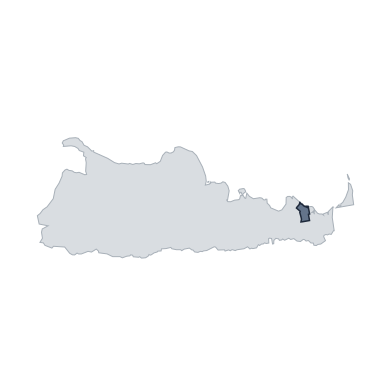 location of Magallanes, Santa Cruz, Argentina, rotated 260°
{"feature_id": "61730980B60081089408424", "entity_name": "Magallanes", "entity_type": "district", "adm_level": 2, "iso_a3": "ARG", "parent_name": "Argentina", "parent_adm1": "Santa Cruz", "projection": "equal_earth", "projection_center": [-67.392, -48.773], "detail": "fine", "context": "in_parent", "style": "filled", "palette": "slate", "viewbox_px": 384, "rotation_deg": 260, "n_neighbors": 0, "source": "geoboundaries", "source_scale": "gbopen_adm2", "svg_char_len": 5108}
<svg xmlns="http://www.w3.org/2000/svg" viewBox="0 0 384 384"><g transform="rotate(260 192 192)"><path d="M234.4,120.8L232.3,125.0L232.6,127.7L230.6,134.1L231.0,135.4L229.4,138.5L229.8,141.7L228.9,144.9L229.2,148.9L228.5,150.1L227.2,150.4L226.1,155.9L227.1,161.2L226.0,162.2L227.7,166.1L233.1,169.4L235.8,172.8L235.8,174.2L234.3,176.3L234.0,178.1L234.7,180.5L236.1,182.0L238.7,182.9L238.9,186.3L238.4,188.5L233.1,196.1L231.8,199.4L227.1,202.8L214.8,206.7L205.4,208.2L200.1,207.9L196.5,206.3L196.7,210.6L198.5,211.8L197.5,211.9L198.3,212.7L197.8,216.2L196.6,216.8L195.7,219.7L195.7,222.2L196.7,224.2L195.6,226.3L191.5,228.3L186.7,228.8L177.9,225.6L178.3,225.0L177.8,224.8L176.3,225.5L175.7,228.3L176.6,232.7L176.3,236.4L176.8,237.7L180.0,239.1L179.7,240.6L180.8,240.8L183.1,240.4L183.4,239.2L182.2,238.8L185.3,237.8L186.5,239.4L186.5,243.2L185.9,244.2L183.5,244.9L182.8,244.8L181.5,242.1L180.3,241.5L176.8,242.9L176.4,243.8L181.4,245.8L177.7,247.8L174.7,251.3L174.6,257.8L173.9,259.7L171.8,261.3L171.5,262.6L172.2,263.3L171.9,264.5L168.0,264.1L165.2,266.1L162.7,266.8L158.1,273.9L158.8,277.4L163.8,282.5L170.2,283.8L171.0,285.5L170.7,287.5L169.9,288.6L167.6,289.8L169.6,289.8L170.4,290.8L159.1,299.6L157.6,302.2L156.9,307.5L156.1,308.5L153.7,309.6L152.2,308.5L151.0,306.5L151.0,308.1L148.9,308.7L151.4,308.8L152.6,310.0L149.2,312.0L148.2,313.7L147.8,316.1L146.4,317.5L147.5,317.2L148.5,321.8L145.8,322.2L149.1,322.9L152.9,328.2L152.6,328.6L152.5,328.1L142.5,325.7L129.2,325.3L129.3,324.6L126.1,321.8L126.8,319.7L126.2,318.0L126.9,316.5L126.4,314.5L125.2,313.9L120.9,315.0L118.4,309.8L118.5,306.9L117.7,305.1L118.4,302.8L120.6,302.6L121.2,300.2L124.0,298.2L123.9,295.8L125.6,294.5L126.0,293.3L124.4,290.2L125.5,286.8L128.4,284.2L128.1,280.9L129.7,279.3L128.4,274.9L130.0,273.1L129.2,272.0L129.2,269.7L130.8,269.1L131.8,266.5L130.1,264.2L126.9,263.5L126.8,262.3L132.4,262.3L133.1,260.4L132.7,259.3L128.4,258.8L128.4,256.2L129.3,254.6L128.4,253.0L128.7,251.5L127.6,249.3L128.6,248.2L125.8,245.9L125.7,242.1L126.3,241.1L125.9,239.1L128.4,237.2L127.1,233.4L127.3,226.3L126.8,224.4L128.3,221.5L127.5,219.5L128.6,218.0L128.1,214.3L129.4,214.0L130.3,207.6L133.6,205.7L134.2,204.4L131.8,196.3L132.0,193.2L131.5,191.8L132.1,190.0L131.5,187.4L132.5,184.2L134.7,182.9L134.9,181.9L137.2,179.7L137.1,174.4L136.0,171.7L137.2,170.7L137.9,166.6L139.6,162.3L141.1,161.5L140.8,156.6L141.3,152.1L139.3,151.3L139.7,148.1L139.0,147.4L138.6,144.0L137.2,141.0L137.1,139.7L137.9,138.8L136.4,137.6L135.3,134.9L135.5,132.3L135.8,130.6L137.4,129.3L137.0,128.1L138.4,122.9L140.0,122.6L140.8,120.7L139.9,119.7L140.1,116.6L139.3,112.0L140.9,109.8L142.1,102.7L145.8,97.6L148.3,89.7L150.3,89.5L152.4,87.8L150.3,82.6L151.6,79.3L150.2,72.3L150.6,69.7L151.8,68.2L150.4,65.5L150.9,63.3L152.9,60.9L159.9,57.1L162.6,46.2L161.1,44.3L165.0,37.9L167.7,36.8L168.8,33.5L172.4,36.7L178.5,36.8L181.6,38.1L183.7,44.4L187.0,35.9L195.5,35.6L197.2,38.7L200.4,42.1L202.6,46.8L209.5,54.2L218.4,57.7L223.8,62.6L230.1,66.8L233.3,67.7L235.7,70.7L236.2,72.8L234.7,74.5L233.6,77.7L231.8,79.5L231.0,81.6L231.0,84.2L227.6,89.4L227.6,91.3L231.0,90.9L239.2,92.9L243.1,92.9L244.3,93.8L246.5,91.4L250.0,92.4L252.4,88.2L254.7,87.3L257.2,84.4L258.5,80.9L259.2,73.2L260.5,73.8L262.8,72.7L264.8,74.2L266.3,80.7L265.7,86.8L264.6,89.3L262.1,90.7L260.7,92.4L256.8,93.8L254.6,97.0L249.6,100.5L249.8,102.3L248.3,102.2L239.8,114.8L234.4,120.8ZM151.4,349.0L151.4,331.1L154.0,334.6L152.7,334.4L152.4,336.1L154.5,336.5L155.5,338.6L160.2,342.5L167.1,346.5L173.9,347.6L172.0,349.5L165.3,350.5L161.3,349.4L151.4,349.0ZM176.6,348.8L178.7,348.1L182.8,348.0L177.4,349.4L176.6,348.8ZM199.6,209.6L199.5,210.4L198.2,209.1L199.6,209.6Z" fill="#d9dde1" stroke="#a8b0b8" stroke-width="1"/><path d="M143.5,301.8L143.5,302.8L149.8,302.8L149.9,304.0L150.8,304.0L157.7,303.9L157.7,303.7L157.8,303.4L157.9,303.2L158.0,303.1L158.0,302.9L158.1,302.7L158.1,302.4L158.1,302.2L157.9,302.2L157.9,302.3L157.7,302.2L157.7,302.3L157.7,302.5L157.5,302.8L157.6,303.0L157.5,303.3L157.4,303.4L157.2,303.4L157.0,303.5L156.9,303.5L156.7,303.5L156.6,303.4L156.8,303.3L157.0,303.3L156.9,303.3L156.8,303.2L156.8,302.9L157.0,302.8L157.2,302.7L157.3,302.7L157.3,302.8L157.4,302.7L157.2,302.5L157.2,302.4L157.3,302.4L157.5,302.4L157.6,302.2L157.7,301.9L157.8,301.8L157.8,301.7L158.0,301.7L158.0,301.4L157.9,301.4L157.9,301.2L158.0,301.1L158.2,300.9L158.2,300.7L158.3,300.7L158.3,300.4L158.4,300.2L158.5,300.2L158.8,299.9L158.9,299.7L159.0,299.6L159.2,299.4L159.3,299.4L159.5,299.2L160.0,298.9L160.3,298.8L160.5,298.8L160.6,298.7L160.8,298.6L160.9,298.4L160.9,298.2L161.0,298.2L160.9,298.2L161.0,298.1L161.1,297.9L161.2,297.7L161.3,297.6L161.3,297.4L161.4,297.2L161.5,297.2L161.8,297.0L162.0,297.0L162.0,296.9L162.2,296.7L162.3,296.7L162.5,296.6L162.8,296.6L163.0,296.6L163.1,296.4L161.1,295.5L160.6,294.9L158.5,292.3L158.2,292.3L158.0,292.1L154.2,295.2L153.1,294.6L150.9,294.8L148.7,295.0L146.2,295.1L143.6,294.1L143.5,295.5L143.5,301.8ZM157.5,302.4L157.4,302.4L157.3,302.5L157.5,302.5L157.5,302.4L157.5,302.4ZM157.5,302.6L157.4,302.6L157.5,302.6L157.5,302.6Z" fill="#64748b" stroke="#1e293b" stroke-width="1.5"/></g></svg>